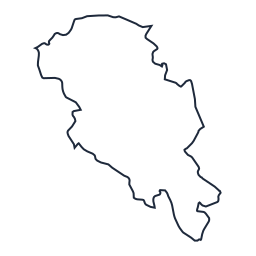 outline of Oppland
{"feature_id": "NOR-920", "entity_name": "Oppland", "entity_type": "County", "adm_level": 1, "iso_a3": "NOR", "parent_name": "Norway", "parent_adm1": "", "projection": "orthographic", "projection_center": [9.47, 61.271], "detail": "fine", "context": "isolated", "style": "outline", "palette": "slate", "viewbox_px": 256, "rotation_deg": 0, "n_neighbors": 0, "source": "natural_earth", "source_scale": "10m", "svg_char_len": 3251}
<svg xmlns="http://www.w3.org/2000/svg" viewBox="0 0 256 256"><path d="M220.6,192.8L218.8,195.2L218.6,195.8L218.3,196.7L218.5,198.5L218.5,199.5L218.3,200.7L218.1,201.3L217.4,202.0L205.9,206.5L202.6,205.5L202.2,205.2L200.8,203.9L200.3,203.1L199.5,202.5L198.6,203.3L198.5,204.0L197.8,207.3L197.2,209.2L197.0,210.4L197.2,211.0L197.6,211.2L203.4,211.9L204.5,212.3L205.9,213.7L209.1,218.1L209.2,219.9L209.1,220.4L208.8,221.4L204.2,229.0L203.3,230.7L202.2,234.1L201.2,239.1L201.0,239.5L200.7,239.9L199.6,239.4L198.9,239.5L197.5,240.6L194.7,240.6L191.2,237.7L183.2,232.5L182.3,231.5L179.8,228.1L178.5,225.9L175.0,218.3L174.4,216.5L173.9,214.6L172.1,205.3L171.4,202.8L170.2,200.0L168.3,196.3L167.6,194.2L166.9,192.7L165.1,190.4L160.1,190.1L159.8,190.5L159.6,191.1L160.1,191.8L160.4,192.6L160.3,193.4L159.8,194.4L159.3,194.7L155.2,196.0L154.1,196.9L153.5,198.2L153.3,199.6L153.4,201.5L154.5,206.1L154.7,207.7L150.6,206.9L146.1,204.7L145.1,203.6L144.6,202.4L144.2,201.1L143.5,200.0L142.3,199.7L137.1,199.3L135.4,198.8L133.8,197.7L133.6,193.2L133.0,191.5L129.3,184.5L129.4,182.2L129.6,180.7L129.4,179.4L128.9,178.4L128.4,177.8L127.4,177.0L124.2,175.7L112.2,167.7L108.4,164.4L101.0,162.5L97.2,160.6L95.7,159.1L95.4,158.3L95.2,157.2L95.0,156.2L94.8,155.7L94.7,155.4L94.4,155.1L92.7,153.7L87.3,151.4L83.8,149.3L81.6,147.0L78.7,143.3L77.8,143.9L74.6,147.8L73.9,144.2L68.6,136.1L67.8,134.0L67.5,132.4L67.6,131.7L68.0,130.7L72.0,126.5L75.4,121.1L74.9,118.8L74.0,117.1L73.0,115.9L72.6,115.0L72.5,114.4L72.6,112.0L73.8,111.1L80.7,109.8L79.2,106.9L75.8,102.3L66.3,97.4L65.7,96.8L63.9,93.5L63.1,91.4L62.6,89.4L62.4,87.7L62.3,86.2L62.2,83.0L61.9,81.8L61.2,80.6L60.2,79.6L58.8,78.8L54.9,77.9L43.6,78.2L42.3,77.6L41.1,75.0L39.3,69.4L37.9,65.5L37.9,64.2L38.0,61.9L38.8,55.8L38.9,52.9L38.5,51.4L38.0,50.3L37.3,49.3L36.8,48.8L36.4,48.5L35.4,48.1L37.7,47.0L42.0,43.9L43.6,43.3L44.7,43.2L46.1,44.2L46.9,44.6L48.2,44.7L48.9,44.3L49.3,43.7L48.9,42.2L49.0,41.2L50.0,40.0L52.3,37.7L53.7,35.7L54.7,34.0L55.4,33.6L56.4,33.1L57.5,33.0L58.4,33.2L60.0,34.2L63.0,35.1L66.1,34.7L68.6,32.9L69.8,31.3L71.0,29.6L71.7,28.2L74.1,21.0L74.6,19.8L75.1,19.3L76.0,19.0L81.9,18.2L87.1,16.2L98.3,15.5L107.8,15.4L113.2,17.2L115.7,17.3L119.0,16.4L126.1,19.4L136.3,23.8L138.7,25.4L142.7,27.1L151.4,25.9L146.2,34.1L145.5,35.8L145.6,37.7L147.0,39.0L153.5,43.4L156.5,46.2L157.2,47.2L157.5,48.2L157.2,49.0L154.0,51.1L153.2,51.9L152.8,53.0L152.5,53.9L152.5,54.5L152.8,56.9L152.8,58.0L152.5,59.8L152.7,61.0L153.0,61.8L155.2,63.7L159.7,65.0L161.9,66.5L162.4,65.2L162.3,64.9L162.2,64.6L162.0,64.3L161.9,64.1L162.2,63.7L164.1,63.3L166.0,64.3L167.1,70.0L165.1,75.3L164.8,79.3L175.5,82.7L176.4,83.2L177.2,84.1L179.3,85.8L180.8,86.6L181.2,86.5L184.8,82.9L185.6,81.7L186.8,81.0L189.2,80.1L190.0,80.1L190.6,80.5L191.1,81.1L192.0,83.9L194.9,99.1L195.4,106.8L203.8,126.7L200.2,129.0L198.6,130.8L198.3,132.1L198.0,132.8L193.7,140.8L192.0,143.2L186.9,148.3L186.4,148.5L185.8,148.8L184.5,149.7L184.6,150.7L185.1,151.7L187.9,154.9L190.9,156.4L192.1,157.4L198.6,166.8L199.1,168.4L198.9,169.3L198.0,171.0L197.8,171.8L197.9,172.8L198.2,173.9L198.6,174.9L200.6,177.0L201.3,177.3L201.7,177.4L202.6,178.5L214.7,186.6L218.8,190.3L218.9,190.6L219.8,190.9L220.6,192.7L220.6,192.8Z" fill="none" stroke="#1e293b" stroke-width="2"/></svg>